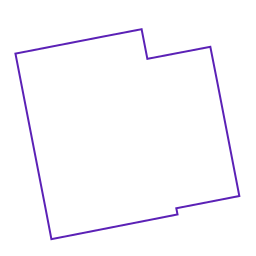 the district of Nelson, North Dakota, United States of America, rotated 79°
{"feature_id": "52423323B93170673506058", "entity_name": "Nelson", "entity_type": "district", "adm_level": 2, "iso_a3": "USA", "parent_name": "United States of America", "parent_adm1": "North Dakota", "projection": "robinson", "projection_center": [-98.234, 47.934], "detail": "fine", "context": "isolated", "style": "outline", "palette": "violet", "viewbox_px": 256, "rotation_deg": 79, "n_neighbors": 0, "source": "geoboundaries", "source_scale": "gbopen_adm2", "svg_char_len": 319}
<svg xmlns="http://www.w3.org/2000/svg" viewBox="0 0 256 256"><g transform="rotate(79 128 128)"><path d="M192.4,224.3L222.5,224.4L222.3,95.9L216.0,95.9L216.0,31.7L102.1,31.6L64.0,31.7L63.8,95.8L33.6,95.8L33.5,134.9L33.5,160.2L33.5,224.3L40.9,224.3L192.4,224.3Z" fill="none" stroke="#5b21b6" stroke-width="2"/></g></svg>